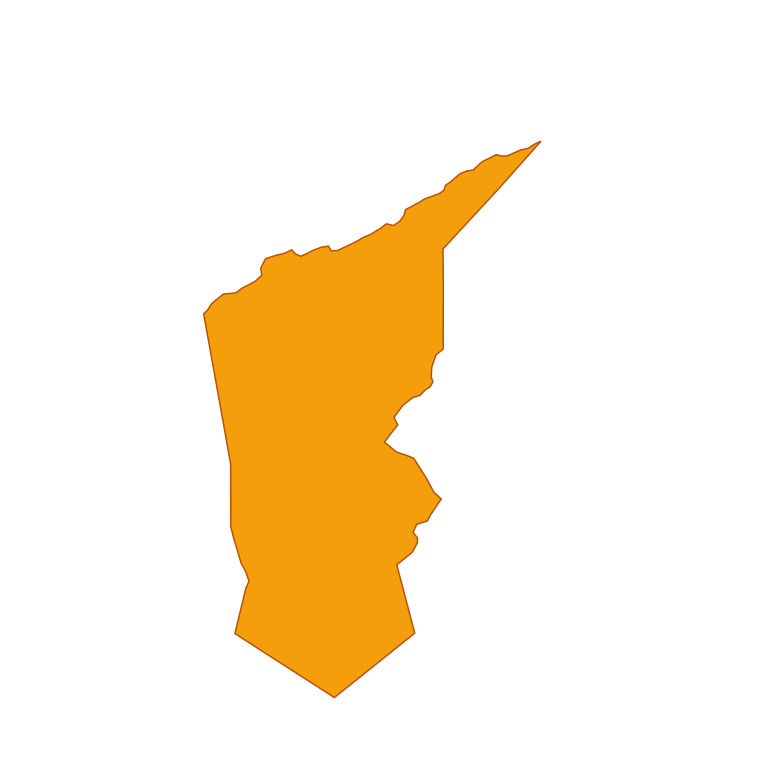 Venturosa, Pernambuco, Brazil, rotated 40°
{"feature_id": "56859067B22186050292677", "entity_name": "Venturosa", "entity_type": "district", "adm_level": 2, "iso_a3": "BRA", "parent_name": "Brazil", "parent_adm1": "Pernambuco", "projection": "robinson", "projection_center": [-36.823, -8.579], "detail": "fine", "context": "isolated", "style": "filled", "palette": "amber", "viewbox_px": 768, "rotation_deg": 40, "n_neighbors": 0, "source": "geoboundaries", "source_scale": "gbopen_adm2", "svg_char_len": 1392}
<svg xmlns="http://www.w3.org/2000/svg" viewBox="0 0 768 768"><g transform="rotate(40 384 384)"><path d="M348.2,97.0L345.3,103.0L343.0,110.6L337.8,117.7L332.0,129.7L327.9,133.5L322.6,136.2L316.3,150.6L314.7,162.9L310.4,167.6L307.2,173.8L305.9,180.9L304.9,187.0L303.4,192.3L305.4,197.4L303.9,202.6L300.0,209.5L296.1,216.2L294.3,221.9L291.0,230.3L288.4,236.5L290.9,241.8L291.5,249.1L289.4,256.5L282.9,259.7L281.4,266.6L279.3,272.8L277.3,278.6L274.0,284.7L271.7,291.4L266.9,302.4L262.4,311.8L257.8,316.0L252.9,314.1L248.5,318.8L243.8,327.1L240.7,334.4L238.1,339.7L232.5,341.2L226.9,340.6L224.1,347.4L218.8,354.5L212.7,364.1L215.1,374.5L220.5,379.2L219.2,388.6L213.7,401.8L212.0,409.4L203.2,418.3L201.4,427.2L200.3,433.3L201.3,440.7L200.8,446.2L269.0,503.0L318.1,544.0L350.8,582.8L358.3,591.7L367.4,598.4L381.3,607.5L389.6,613.0L398.6,616.6L407.4,621.8L409.5,629.3L430.2,671.0L462.3,667.0L547.5,656.1L554.8,619.7L567.7,555.1L510.0,514.3L513.8,495.0L511.7,484.2L508.4,480.3L501.6,479.0L499.3,470.4L505.3,461.0L503.8,454.8L501.7,435.3L491.5,434.8L479.4,429.8L461.3,423.9L454.5,421.8L449.4,423.4L437.2,428.1L421.7,428.3L421.1,417.4L420.9,406.5L413.2,403.3L412.1,388.1L414.7,376.1L418.9,369.4L419.3,362.6L421.1,356.2L420.1,350.9L415.7,348.3L409.7,340.3L407.4,334.4L405.1,328.2L406.9,319.2L366.0,270.3L342.4,242.6L346.3,161.2L348.2,97.0Z" fill="#f59e0b" stroke="#b45309" stroke-width="1.5"/></g></svg>